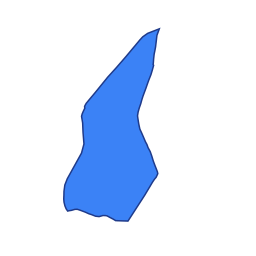 Kampong Chhnang, Kâmpóng Chhnang, Cambodia (Equal Earth projection), rotated 29°
{"feature_id": "14789045B67282211739519", "entity_name": "Kampong Chhnang", "entity_type": "district", "adm_level": 2, "iso_a3": "KHM", "parent_name": "Cambodia", "parent_adm1": "Kâmpóng Chhnang", "projection": "equal_earth", "projection_center": [104.678, 12.271], "detail": "fine", "context": "isolated", "style": "filled", "palette": "blue", "viewbox_px": 256, "rotation_deg": 29, "n_neighbors": 0, "source": "geoboundaries", "source_scale": "gbopen_adm2", "svg_char_len": 1260}
<svg xmlns="http://www.w3.org/2000/svg" viewBox="0 0 256 256"><g transform="rotate(29 128 128)"><path d="M176.0,159.9L176.5,157.5L176.2,153.5L174.9,152.0L172.4,149.9L169.6,147.6L166.1,144.6L162.6,141.2L158.9,137.9L155.0,135.4L152.5,133.2L150.1,131.7L146.5,128.9L142.6,125.9L138.9,123.2L135.4,119.2L132.2,115.1L130.4,112.7L129.1,109.1L128.1,104.8L127.4,100.7L126.5,97.0L125.7,93.1L125.0,88.6L124.4,84.6L123.7,80.6L123.0,76.4L122.2,70.2L121.2,65.6L120.0,60.7L119.2,60.3L118.7,59.0L118.3,58.1L116.9,55.1L115.1,50.8L114.1,47.6L112.8,43.7L111.4,40.3L110.1,37.1L108.4,33.0L107.3,26.1L102.7,31.6L99.3,35.7L96.7,41.1L95.7,45.2L91.6,66.5L88.5,81.1L85.6,93.4L83.7,104.1L82.1,113.1L80.4,121.8L79.5,126.7L79.5,129.3L79.7,130.5L80.6,131.5L80.8,135.1L81.1,137.9L81.7,140.3L85.9,145.6L90.9,153.8L97.2,163.3L99.5,172.5L99.5,194.7L99.5,198.2L99.5,201.8L100.4,208.5L102.7,214.4L104.5,217.8L106.2,221.2L108.0,223.9L110.6,226.7L113.1,228.7L115.5,229.9L116.7,228.8L118.4,227.5L121.0,224.9L123.0,223.7L124.9,223.3L128.0,222.8L131.5,222.3L135.3,222.0L138.3,221.4L142.3,220.9L145.7,219.5L148.5,216.7L150.6,215.6L152.3,215.0L155.3,215.0L159.2,214.9L162.1,215.0L165.1,213.5L173.1,209.4L175.2,178.5L175.7,163.3L176.0,159.9Z" fill="#3b82f6" stroke="#1e3a8a" stroke-width="1.5"/></g></svg>